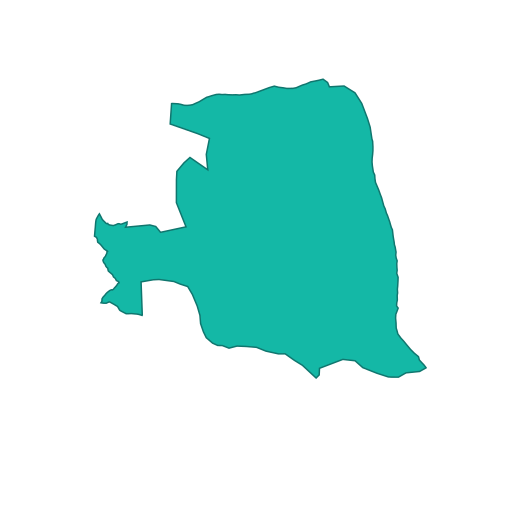 the district of Ngor-Okpala, Imo, Nigeria, rotated 245°
{"feature_id": "59680162B61451583552190", "entity_name": "Ngor-Okpala", "entity_type": "district", "adm_level": 2, "iso_a3": "NGA", "parent_name": "Nigeria", "parent_adm1": "Imo", "projection": "orthographic", "projection_center": [7.178, 5.331], "detail": "fine", "context": "isolated", "style": "filled", "palette": "teal", "viewbox_px": 512, "rotation_deg": 245, "n_neighbors": 0, "source": "geoboundaries", "source_scale": "gbopen_adm2", "svg_char_len": 3990}
<svg xmlns="http://www.w3.org/2000/svg" viewBox="0 0 512 512"><g transform="rotate(245 256 256)"><path d="M387.9,391.5L388.7,387.3L389.5,383.9L390.7,379.2L390.7,376.8L390.8,373.8L391.3,370.4L391.4,367.3L391.5,363.5L392.3,360.4L394.8,354.8L396.9,351.8L399.4,347.8L402.2,344.4L403.0,339.3L404.2,324.2L404.6,322.6L404.8,320.5L405.5,318.1L407.2,314.1L408.9,309.0L410.6,306.0L412.0,302.7L414.1,298.6L415.5,296.3L416.0,295.0L416.8,293.2L418.2,290.9L419.2,288.2L420.0,283.5L420.3,280.8L420.7,278.4L420.4,275.2L419.8,269.3L419.9,265.6L419.9,262.6L420.6,259.9L421.6,257.2L423.0,254.5L425.1,252.1L426.8,249.8L428.1,247.4L429.5,244.8L429.8,243.9L411.9,234.0L391.5,254.9L382.2,263.5L369.1,253.9L354.5,248.7L373.2,237.8L370.9,230.2L366.2,220.1L358.9,216.2L338.0,206.4L312.0,204.9L317.8,179.5L325.1,177.6L329.0,172.9L337.2,149.9L339.2,152.4L341.3,153.5L341.7,148.2L341.9,146.9L342.2,146.5L342.8,146.0L343.5,144.8L343.6,144.2L343.6,143.7L343.6,142.5L343.6,141.9L343.8,140.3L343.9,139.5L344.8,138.2L345.6,137.0L346.2,136.2L347.1,135.5L348.2,135.4L348.5,134.3L349.4,133.7L351.1,133.2L352.5,132.6L354.5,132.1L356.1,132.1L358.3,132.0L360.4,131.9L359.8,130.8L359.1,129.8L357.2,127.2L356.3,126.3L354.5,125.1L352.8,124.1L349.6,122.3L348.6,121.7L342.2,118.0L341.6,118.4L340.9,118.9L340.4,119.2L339.9,119.3L338.7,119.3L338.0,119.3L337.2,118.9L336.5,118.7L335.4,118.4L334.8,118.7L333.8,119.2L332.5,119.8L330.8,120.3L328.8,120.8L328.0,121.0L327.2,121.2L326.4,121.4L325.3,122.1L324.3,122.7L323.5,123.3L323.0,123.4L323.0,122.9L322.7,122.6L322.1,122.4L321.6,122.0L321.3,121.7L320.9,121.2L320.5,120.8L320.2,120.2L319.4,119.5L319.1,118.8L318.8,118.1L318.5,117.4L318.0,116.8L317.5,116.5L317.3,116.2L317.2,115.7L316.6,115.4L316.1,115.3L315.6,115.3L314.7,115.2L314.2,115.3L313.6,115.4L313.1,115.5L312.2,115.8L310.4,115.6L308.8,115.9L307.6,116.5L306.3,116.1L304.9,115.8L303.9,116.2L300.1,117.9L299.3,118.1L297.3,118.0L295.2,119.0L292.7,119.1L291.2,120.4L290.4,120.7L289.6,120.6L289.6,119.8L289.2,118.8L288.7,118.1L288.0,116.9L287.6,115.9L287.2,115.1L286.9,114.2L286.2,113.0L285.9,111.6L286.3,111.1L286.5,110.4L286.5,108.8L286.2,107.4L285.8,105.7L285.1,103.9L284.4,102.6L283.3,99.9L282.2,98.3L280.1,97.2L279.4,96.2L279.1,95.7L279.0,95.8L278.9,96.1L278.1,97.2L277.3,98.6L276.5,100.4L276.5,100.8L276.5,101.4L276.5,102.4L276.5,103.0L276.3,103.8L275.9,104.2L273.4,106.0L271.9,107.1L270.6,107.9L269.7,108.6L268.6,109.2L265.0,109.5L264.2,109.7L263.0,110.5L258.6,113.9L257.7,115.8L256.5,118.7L254.8,121.6L253.6,123.7L252.5,125.2L250.8,127.1L250.3,127.6L250.6,128.0L281.1,140.9L277.9,152.8L275.7,158.2L267.6,170.8L262.7,175.3L257.2,181.2L248.0,182.1L235.6,181.6L225.9,180.1L218.1,177.2L209.5,176.3L203.0,176.4L195.4,179.8L191.1,183.5L189.1,187.6L183.9,192.6L182.4,200.7L178.2,208.8L173.0,217.9L165.6,224.8L157.8,235.0L155.0,241.1L145.2,246.7L137.3,251.9L120.0,258.9L121.5,263.0L127.4,266.1L125.6,291.0L119.2,301.5L109.7,305.6L98.7,316.0L90.5,324.8L89.1,327.4L86.0,333.9L86.7,342.6L82.2,355.5L82.8,362.9L83.0,362.9L86.6,362.1L88.9,361.3L92.7,360.1L96.1,360.7L101.2,358.3L103.5,357.5L105.9,356.6L112.3,354.9L116.3,353.9L120.4,352.6L125.4,351.6L128.6,352.2L131.4,352.6L133.8,353.6L136.1,354.6L138.6,355.5L140.8,356.3L144.1,358.1L146.2,360.3L148.7,362.8L151.3,362.3L154.0,363.7L156.4,365.5L160.6,367.3L161.9,368.2L162.6,368.7L166.2,370.1L168.5,371.5L173.5,374.2L176.7,375.8L180.8,376.2L183.4,377.9L186.4,379.0L189.7,380.4L192.0,381.9L195.0,382.2L197.7,383.0L200.4,384.6L201.3,384.8L205.3,385.9L207.7,386.2L210.0,387.0L213.3,387.9L215.8,388.6L222.1,390.7L224.6,390.7L227.4,391.1L230.4,391.6L237.3,392.3L238.0,392.3L239.7,392.3L244.1,393.0L247.4,393.0L252.1,393.8L255.5,394.4L259.7,394.7L263.8,395.1L272.2,395.4L275.9,396.5L279.2,397.8L282.5,397.8L287.6,399.3L288.6,399.6L292.2,400.9L295.5,402.6L298.9,404.7L301.9,406.4L305.5,408.1L310.7,410.2L313.0,410.5L324.5,413.9L333.4,415.1L345.3,416.0L349.6,416.3L362.0,414.7L372.8,407.7L374.2,404.3L378.3,394.0L383.0,394.2L387.9,391.5Z" fill="#14b8a6" stroke="#0f766e" stroke-width="1.5"/></g></svg>